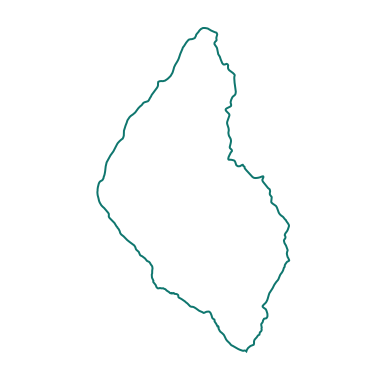 the district of Pachavita, Boyacá, Colombia, rotated 356°
{"feature_id": "7082276B87179033828230", "entity_name": "Pachavita", "entity_type": "district", "adm_level": 2, "iso_a3": "COL", "parent_name": "Colombia", "parent_adm1": "Boyacá", "projection": "albers", "projection_center": [-73.397, 5.151], "detail": "fine", "context": "isolated", "style": "outline", "palette": "teal", "viewbox_px": 384, "rotation_deg": 356, "n_neighbors": 0, "source": "geoboundaries", "source_scale": "gbopen_adm2", "svg_char_len": 6051}
<svg xmlns="http://www.w3.org/2000/svg" viewBox="0 0 384 384"><g transform="rotate(356 192 192)"><path d="M283.8,226.7L283.4,226.4L282.3,225.0L281.5,223.7L280.9,223.0L279.3,221.7L278.2,220.5L277.6,219.6L277.1,218.6L275.7,213.7L275.2,212.5L274.7,211.7L271.5,209.1L270.6,208.1L270.4,207.6L270.4,207.0L271.1,203.1L271.1,202.5L269.9,200.7L269.5,200.0L269.5,198.6L270.0,196.6L269.8,195.5L269.7,194.8L269.1,194.2L268.1,193.3L267.4,192.3L263.6,186.8L263.2,186.0L263.0,184.9L263.5,183.7L264.1,182.7L264.3,181.9L264.1,181.4L263.8,181.3L262.6,181.5L260.7,182.1L259.0,182.4L257.6,182.5L256.2,182.5L255.2,182.3L254.4,182.0L253.3,181.1L247.8,174.2L246.3,172.1L246.2,171.4L246.2,170.7L245.8,170.1L245.2,169.8L244.8,169.2L244.8,168.8L244.5,168.4L243.6,168.6L241.6,169.6L240.8,169.6L239.6,169.5L238.6,168.8L238.1,168.3L237.7,167.0L237.4,165.7L237.0,164.5L236.6,163.9L236.0,163.4L233.5,162.6L231.4,162.4L230.9,162.3L230.6,162.0L230.5,161.3L230.9,159.8L231.8,158.1L233.3,155.5L234.7,153.9L234.7,153.1L234.3,152.4L233.1,151.1L232.8,150.5L232.8,149.7L233.9,146.3L234.3,144.8L234.5,143.7L234.4,142.5L234.2,141.5L232.8,138.5L232.6,137.5L232.4,135.6L233.0,132.9L232.9,130.9L231.9,126.8L231.8,126.0L231.9,124.9L232.1,124.2L234.4,118.9L234.7,118.0L234.6,117.1L234.1,116.3L232.1,114.0L231.6,113.3L231.3,112.6L231.4,111.9L231.8,111.4L232.6,110.9L236.0,109.5L236.8,109.0L237.1,108.3L237.1,107.3L236.8,105.9L236.8,104.9L237.6,102.6L238.8,100.4L239.4,99.7L241.0,98.6L241.7,98.0L242.2,97.2L242.4,96.5L242.7,95.0L242.1,85.9L242.1,81.4L242.3,79.9L242.7,78.8L242.7,78.2L242.4,77.6L241.2,76.2L238.4,73.8L237.6,73.1L237.2,72.5L236.7,71.5L236.6,70.8L236.7,69.0L236.9,68.3L236.8,67.9L236.4,67.1L235.5,66.6L234.9,66.7L234.1,67.0L232.8,67.1L232.1,66.8L231.3,65.8L230.9,64.9L230.8,64.5L229.9,61.8L229.2,59.0L227.8,56.4L227.0,50.2L226.3,48.7L225.4,47.3L224.7,45.9L224.9,44.7L225.8,43.5L226.3,43.2L227.0,42.5L227.1,42.1L227.1,41.5L227.0,41.0L227.1,39.6L228.1,36.8L228.1,36.2L227.7,35.2L227.5,34.8L225.6,34.0L222.4,32.3L219.1,30.0L216.9,29.4L215.4,29.2L214.2,29.2L212.2,30.1L210.5,31.6L209.8,32.6L208.2,34.2L207.2,35.3L206.7,36.7L206.1,37.6L205.8,38.3L205.0,38.8L203.9,39.2L202.5,39.5L201.2,39.5L199.7,39.7L198.7,40.4L196.7,42.5L194.2,45.9L193.0,47.2L192.3,48.8L190.0,53.3L188.1,57.9L187.3,59.4L186.4,60.8L184.2,63.9L182.9,66.2L182.0,68.8L180.9,71.6L178.8,74.7L177.1,76.2L175.5,77.5L172.9,79.0L171.9,79.2L170.8,79.4L169.1,79.2L167.7,79.2L167.0,79.4L166.1,79.7L165.8,80.6L165.6,81.8L165.6,82.9L165.2,84.2L164.5,85.4L158.6,92.3L157.7,93.9L156.5,95.5L155.8,96.7L155.0,97.8L154.3,98.4L150.8,99.2L149.8,99.7L149.0,100.5L148.3,101.4L147.4,102.2L146.3,102.9L144.3,104.7L140.9,108.7L138.5,110.5L136.3,111.8L134.9,113.0L132.6,116.0L131.6,118.5L130.4,121.0L128.4,126.1L127.9,131.0L127.4,132.4L126.6,133.9L125.0,134.9L123.2,136.3L121.4,138.0L120.6,139.1L116.4,146.0L113.2,149.8L108.9,156.5L107.7,160.4L106.8,165.3L106.2,167.7L105.8,169.0L104.9,171.0L104.8,171.6L104.5,172.4L103.6,173.7L103.1,174.1L101.4,174.9L100.7,175.4L99.8,176.7L99.4,177.7L98.4,180.8L98.0,182.7L97.9,184.1L97.6,185.5L97.6,187.4L97.7,188.8L98.3,191.9L98.6,194.1L99.2,196.1L100.6,198.9L101.9,200.5L103.2,201.8L107.0,207.0L107.5,208.1L107.4,209.5L107.3,210.4L107.3,210.9L107.9,212.1L112.5,217.5L113.0,218.5L114.4,221.2L115.0,221.8L115.2,222.5L116.2,223.8L117.1,225.9L117.5,227.8L118.0,228.8L118.5,229.5L120.7,231.5L124.0,235.4L126.4,237.6L130.7,241.3L131.0,241.9L131.6,243.1L132.0,244.8L132.3,245.5L133.0,246.3L134.3,247.6L134.9,248.4L135.2,249.6L135.9,251.4L136.2,251.7L137.9,252.7L140.5,255.0L142.3,257.6L144.1,258.6L144.6,259.0L145.3,260.1L145.9,261.5L146.5,262.3L147.1,263.4L147.3,265.3L146.8,267.7L146.6,270.3L146.1,271.7L146.1,274.3L146.2,274.9L147.3,277.8L147.2,278.1L147.1,278.8L147.2,279.3L148.1,280.5L149.3,282.3L149.9,284.3L150.3,284.9L151.2,285.7L152.2,285.8L152.9,285.6L153.4,285.6L155.0,286.0L155.5,286.1L156.1,286.0L156.8,286.1L157.5,286.7L158.4,287.0L158.8,287.3L159.8,288.5L162.2,290.3L162.7,290.9L163.3,291.4L164.6,291.8L164.8,291.7L164.8,291.3L165.0,291.3L165.8,291.9L166.1,291.9L166.4,291.6L166.6,291.5L167.1,291.8L167.8,292.5L169.0,292.6L169.6,292.8L170.2,293.1L170.8,293.6L171.0,294.0L171.1,294.7L171.1,295.8L171.6,296.5L173.4,297.6L174.4,298.3L177.4,300.7L178.1,301.5L179.7,302.9L182.1,305.8L183.2,306.4L184.8,306.6L185.5,306.9L186.3,307.3L187.8,308.4L190.9,311.0L193.2,312.2L194.2,312.7L195.0,313.4L195.5,313.4L195.9,313.3L198.0,312.5L199.9,312.4L200.6,312.5L201.0,312.8L201.5,313.2L202.1,314.1L202.9,316.5L203.4,318.9L203.8,319.5L204.3,320.0L205.4,320.8L205.6,321.6L205.5,322.1L205.5,322.7L206.9,325.1L208.1,327.9L208.8,327.8L209.0,328.3L209.1,329.0L209.0,330.2L210.0,332.5L210.6,333.4L212.1,334.8L213.7,336.6L214.4,338.1L215.7,341.4L216.6,342.8L219.1,345.6L219.9,346.8L220.6,347.6L222.0,348.4L226.9,351.7L228.5,352.6L231.0,353.7L231.9,354.0L233.1,353.8L233.9,353.9L234.4,354.1L235.1,354.8L235.5,353.8L236.1,352.8L237.1,351.5L239.6,349.7L242.8,348.7L243.2,347.9L243.4,346.6L243.4,345.6L243.7,344.6L244.2,343.6L246.5,341.4L247.7,339.8L249.3,339.0L249.8,337.1L250.3,336.4L251.2,335.8L251.7,335.0L251.9,334.2L251.8,333.3L251.9,332.6L252.1,332.1L251.8,329.4L251.9,328.6L252.3,328.0L253.1,327.2L253.6,326.3L253.9,325.1L255.0,323.5L255.9,323.3L257.1,323.2L257.9,322.6L258.5,321.6L258.7,320.2L258.7,318.6L258.1,316.0L257.7,314.8L257.4,314.1L255.1,312.2L254.5,311.4L254.5,310.7L254.9,310.2L255.9,309.2L257.3,308.1L258.2,307.2L258.8,306.3L259.5,305.1L260.1,303.7L261.4,300.1L262.1,298.4L265.7,293.6L267.7,290.2L269.7,287.7L271.5,285.9L272.1,285.1L274.1,281.0L275.0,279.8L276.0,278.7L276.9,277.4L277.5,276.3L278.4,274.0L279.2,273.1L279.4,271.8L279.7,271.1L280.0,270.6L281.4,268.9L282.1,268.2L283.6,267.6L284.0,267.3L284.2,266.9L283.5,264.8L282.8,263.4L282.4,261.1L282.3,260.1L282.7,258.4L283.3,257.0L283.3,256.4L282.0,251.9L280.8,249.6L280.6,248.8L280.3,247.1L280.5,246.4L280.9,245.7L281.6,245.0L282.0,244.2L282.1,243.5L282.0,242.8L281.5,241.5L281.7,240.9L282.1,240.0L284.3,237.4L285.1,235.9L286.3,233.0L286.4,232.2L286.2,231.3L285.5,229.9L284.1,227.7L283.8,226.7Z" fill="none" stroke="#0f766e" stroke-width="2"/></g></svg>